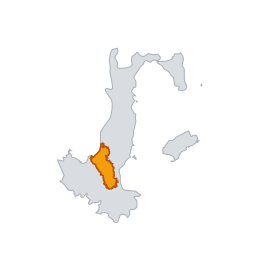 location of Emilia-Romagna, Bologna, Italy, rotated 235°
{"feature_id": "23120603B93883326437068", "entity_name": "Emilia-Romagna", "entity_type": "district", "adm_level": 2, "iso_a3": "ITA", "parent_name": "Italy", "parent_adm1": "Bologna", "projection": "mercator", "projection_center": [11.577, 44.436], "detail": "fine", "context": "in_parent", "style": "filled", "palette": "amber", "viewbox_px": 256, "rotation_deg": 235, "n_neighbors": 0, "source": "geoboundaries", "source_scale": "gbopen_adm2", "svg_char_len": 8420}
<svg xmlns="http://www.w3.org/2000/svg" viewBox="0 0 256 256"><g transform="rotate(235 128 128)"><path d="M59.8,62.4L61.1,63.2L66.2,61.4L69.2,62.4L71.8,60.8L73.4,58.2L73.0,56.2L77.0,53.1L77.5,56.7L79.7,59.1L81.9,59.7L81.4,61.1L83.6,64.1L84.5,63.8L84.7,63.3L84.2,60.8L87.3,55.9L87.4,52.6L87.9,52.2L89.4,52.5L90.7,55.6L95.7,54.6L97.5,57.0L98.3,56.5L97.0,52.4L97.6,50.3L98.9,50.0L99.8,51.0L101.8,51.2L101.9,50.0L101.4,49.2L102.1,45.6L105.0,45.9L106.7,47.2L108.7,47.2L110.5,44.3L111.8,43.6L118.4,43.4L123.2,41.7L123.6,42.0L122.7,43.4L123.0,44.3L125.9,48.5L142.1,51.8L141.8,52.8L138.4,55.4L138.1,56.4L138.7,57.3L141.3,57.9L139.5,60.3L139.5,61.3L140.9,61.4L140.7,64.4L142.4,65.3L144.2,67.9L142.3,68.3L143.1,67.6L141.2,65.1L139.2,66.2L136.0,65.1L133.8,67.5L126.5,70.4L127.7,69.1L127.2,69.1L124.5,70.8L123.9,74.4L126.0,77.9L127.6,79.2L126.9,81.3L125.9,82.1L124.6,81.6L124.2,83.5L124.9,88.5L126.0,92.1L129.7,96.0L132.3,97.3L140.4,103.2L143.4,109.9L145.9,118.1L148.0,121.2L152.5,125.6L156.5,128.7L160.2,130.7L170.0,130.6L172.5,131.3L172.8,132.7L172.3,133.6L169.4,135.9L169.2,137.7L170.6,138.9L177.2,142.3L184.0,145.1L188.6,148.7L194.5,151.7L199.1,156.3L200.8,158.7L201.1,160.6L199.9,163.8L199.3,165.2L196.0,163.3L193.4,157.8L187.6,156.8L185.9,155.8L185.0,154.2L183.1,154.0L181.9,154.9L178.7,160.1L177.0,164.5L176.9,166.3L177.8,168.1L180.6,169.0L184.2,172.2L184.3,176.1L184.9,178.3L184.0,179.5L182.2,179.2L179.7,180.0L178.0,181.4L177.3,182.8L177.2,187.6L173.9,190.1L171.1,194.9L167.0,195.0L166.1,193.5L166.0,191.3L166.7,189.9L168.2,189.3L169.3,186.4L168.9,184.4L169.5,183.4L172.9,182.1L173.0,179.2L171.8,177.9L170.7,172.6L166.6,162.4L165.3,161.4L161.7,161.2L157.5,158.4L157.2,157.3L157.9,156.2L157.5,154.7L156.1,152.1L155.2,151.5L150.0,152.6L151.5,150.5L149.6,149.1L146.3,149.1L146.4,148.2L144.1,143.9L142.5,142.2L136.5,141.3L134.6,142.1L131.6,139.4L128.9,138.4L122.1,130.6L118.8,128.3L116.7,124.8L112.5,122.6L110.6,123.1L110.1,122.7L111.1,122.0L110.9,120.7L108.0,117.3L106.4,116.2L105.2,114.0L102.8,113.4L102.9,109.5L102.0,106.6L100.4,104.2L99.5,98.4L98.8,96.8L97.1,95.6L93.2,94.2L87.7,90.4L81.3,88.6L78.6,90.0L71.9,98.0L65.6,99.9L65.5,98.2L67.9,94.5L67.4,93.1L63.4,93.5L58.3,90.1L57.6,87.1L59.0,84.2L59.9,83.6L59.4,81.6L56.3,80.0L55.0,77.4L54.9,76.6L55.7,76.1L57.6,76.3L60.5,74.4L61.3,72.0L56.9,65.6L57.1,64.3L59.8,62.4ZM127.1,97.6L127.3,96.1L126.0,97.0L126.4,97.7L127.1,97.6ZM165.9,189.8L161.0,197.4L159.3,202.4L159.6,204.4L160.9,205.8L160.3,206.3L161.8,208.7L161.7,209.3L159.5,212.0L159.5,214.3L155.3,214.0L152.0,212.6L150.3,210.0L149.0,208.8L147.5,207.9L144.6,208.0L143.3,207.4L135.6,202.1L132.5,200.7L129.0,200.3L127.6,199.2L126.5,196.8L127.9,193.2L130.2,191.1L132.3,193.5L134.1,192.7L134.2,192.0L135.4,191.0L137.0,191.0L143.2,194.3L146.4,193.4L149.3,193.7L152.0,193.3L155.5,191.4L159.6,191.6L164.3,189.4L165.9,189.8ZM92.0,148.0L94.1,154.2L92.1,158.0L92.9,162.0L91.1,175.6L90.2,176.0L84.9,174.5L84.4,177.6L83.8,178.8L82.7,179.6L79.8,179.4L77.0,175.0L76.8,170.6L77.4,169.3L77.4,166.7L78.5,166.6L78.6,164.9L78.0,163.9L76.9,163.6L76.9,161.7L77.6,160.2L77.6,157.6L76.2,154.2L74.2,151.7L74.6,147.5L76.3,148.6L78.9,148.5L82.0,146.9L87.0,141.9L87.7,142.8L89.8,143.6L91.7,145.8L91.0,147.2L92.0,148.0ZM101.4,115.3L101.8,116.3L101.7,117.7L100.6,116.9L98.1,117.2L97.8,116.5L100.9,115.9L101.4,115.3ZM77.7,177.2L77.0,178.8L76.3,176.7L76.4,176.4L77.7,177.2ZM76.1,144.4L75.0,146.2L74.4,146.1L75.8,144.1L76.1,144.4ZM121.8,213.3L120.4,212.9L120.4,212.2L121.4,212.3L121.8,213.3ZM145.3,150.3L144.2,150.8L144.2,150.0L145.3,150.3Z" fill="#d9dde1" stroke="#a8b0b8" stroke-width="1"/><path d="M86.7,85.3L87.2,85.2L87.3,85.4L87.2,85.6L87.5,85.6L87.7,85.4L87.9,85.4L88.0,85.6L88.4,86.0L88.6,85.8L88.9,86.0L89.0,85.7L89.4,85.7L89.4,86.0L89.6,86.2L89.8,86.3L90.0,86.2L90.2,86.3L90.2,86.5L90.4,86.8L90.3,87.3L90.3,87.6L89.9,87.6L90.0,87.9L89.8,88.0L89.8,88.3L89.6,88.5L90.0,88.6L90.1,88.9L90.3,88.6L91.0,88.5L91.0,88.3L91.3,88.4L91.4,88.6L91.6,88.4L92.0,88.8L92.5,89.6L93.0,89.3L93.3,89.4L93.3,89.2L93.5,89.2L93.5,88.9L94.2,88.1L94.3,87.9L95.3,87.8L96.1,87.9L96.2,88.2L96.4,88.2L96.5,88.4L96.6,88.5L96.4,89.0L96.6,89.2L97.2,89.5L97.7,90.0L98.3,89.8L98.8,90.5L99.0,90.5L99.3,90.8L99.6,91.3L100.1,91.0L100.3,91.0L100.7,91.3L101.1,91.3L101.8,92.0L102.2,91.9L102.5,92.1L102.5,92.4L102.9,92.8L103.0,92.9L102.9,93.0L103.0,93.2L103.6,93.6L103.8,93.9L104.2,93.8L104.1,93.5L104.4,93.2L104.7,93.3L105.0,93.2L105.8,93.3L106.0,93.6L106.3,93.7L106.4,93.9L106.9,94.0L107.3,94.2L107.5,94.3L107.6,94.5L107.6,94.8L108.3,94.4L108.5,93.8L108.9,93.5L109.0,93.6L109.0,93.8L108.9,93.8L108.8,94.0L109.1,94.2L109.4,94.3L109.9,94.4L110.4,94.0L110.8,94.0L111.4,94.2L111.9,94.2L112.1,94.1L112.0,93.9L111.5,93.7L111.2,93.5L111.2,93.3L111.5,93.3L111.8,93.2L112.3,93.3L112.5,93.0L112.8,92.8L112.9,92.5L113.0,92.4L113.5,92.5L113.7,92.1L114.0,91.8L114.4,92.1L114.4,92.3L114.5,92.7L114.8,92.7L114.8,92.8L115.0,93.1L115.5,93.3L115.6,93.1L115.8,93.0L116.4,93.2L116.4,93.5L116.2,93.8L116.0,94.0L116.4,93.9L116.7,94.0L116.8,94.2L117.1,94.0L117.2,93.8L117.5,93.9L118.0,93.7L118.1,93.8L117.9,94.4L117.4,95.0L117.4,95.3L117.2,95.5L116.9,95.6L117.0,95.8L116.8,95.8L116.8,96.1L116.9,96.3L117.3,96.6L117.2,97.0L117.7,97.2L117.6,98.0L117.8,98.3L118.5,98.5L118.9,99.1L119.2,99.2L119.5,99.0L120.0,99.1L120.1,99.4L120.5,99.5L121.0,100.0L121.2,99.9L121.7,100.1L121.8,100.1L122.0,100.3L122.5,100.1L122.9,100.1L123.2,100.0L123.3,100.2L123.5,100.5L123.7,100.1L124.0,100.0L124.3,100.1L124.2,100.1L124.3,100.0L124.6,99.9L124.7,99.5L124.6,99.4L125.0,99.2L125.4,99.3L125.7,99.1L125.9,99.1L126.0,98.9L126.0,98.6L126.1,98.1L126.6,98.1L126.9,97.8L126.6,97.5L126.3,97.6L126.2,97.6L126.2,97.3L126.3,97.1L126.1,96.9L126.1,96.7L126.5,96.7L127.4,96.1L127.5,96.2L127.4,96.4L127.5,96.9L127.2,97.3L127.2,97.9L127.3,98.1L127.5,97.9L127.8,98.2L128.1,98.1L128.1,97.9L128.4,97.9L128.4,98.2L128.6,98.2L128.6,98.6L128.8,98.6L128.7,98.7L128.7,98.9L128.8,99.0L129.3,98.8L129.6,98.8L129.5,98.7L129.5,98.4L130.1,98.3L130.2,98.1L130.2,97.7L130.1,97.2L130.5,96.6L130.4,96.4L130.0,96.4L129.6,96.1L128.8,95.3L128.2,94.5L127.6,94.2L126.4,92.8L126.1,92.3L125.6,91.4L125.2,89.8L125.0,89.0L124.7,87.9L124.7,87.5L125.0,87.4L124.7,87.5L124.7,87.4L125.0,87.3L124.7,87.3L124.6,87.2L124.6,85.7L124.4,85.1L124.5,85.0L124.2,84.5L124.1,83.7L124.2,82.8L124.7,81.8L124.4,82.0L124.5,81.8L124.4,81.9L124.6,81.4L125.0,81.4L125.7,82.2L125.9,82.3L125.5,82.3L125.2,82.2L125.5,82.3L125.4,82.3L125.0,82.2L125.1,82.3L125.8,82.4L126.0,82.2L125.5,81.8L125.3,81.2L124.8,81.1L124.7,80.9L124.6,80.2L124.8,79.9L124.5,79.6L124.4,79.7L124.3,79.8L124.1,79.8L123.9,80.0L123.5,79.9L123.2,79.6L123.1,79.8L122.9,79.9L122.7,79.8L122.6,79.4L122.4,79.3L122.3,79.1L122.2,79.2L121.9,79.2L121.7,79.0L120.7,78.9L120.2,79.1L118.8,79.0L118.5,79.3L118.0,79.4L117.9,79.5L118.0,79.8L117.9,79.9L117.1,80.1L116.4,80.6L116.1,80.5L116.0,80.1L115.4,79.7L114.1,79.9L114.0,79.7L113.8,79.5L113.7,79.4L113.2,79.5L112.8,79.3L112.3,79.4L112.2,79.7L111.9,79.5L111.3,79.7L110.8,79.7L110.7,79.8L110.3,79.4L109.7,79.3L109.5,79.5L108.8,79.4L108.4,79.8L108.2,79.8L108.1,80.0L107.8,79.9L107.5,80.2L107.3,80.1L107.1,80.0L107.2,79.9L106.9,79.9L106.8,79.7L106.4,79.8L106.4,79.6L105.7,79.5L105.7,79.3L105.6,79.0L105.5,78.8L105.3,78.9L105.2,79.1L105.1,79.3L105.0,79.2L105.0,78.9L104.6,79.2L104.2,80.0L103.5,80.2L102.9,80.2L101.9,79.6L101.5,78.9L101.3,78.9L100.9,79.2L100.3,78.9L100.2,78.6L99.9,78.7L99.6,78.3L99.1,78.0L98.8,78.1L98.5,77.9L97.8,78.2L97.6,78.2L97.5,77.8L97.1,77.9L97.1,77.6L96.8,77.3L96.8,77.0L96.3,76.3L96.1,76.3L95.7,76.8L95.4,76.8L95.6,76.4L95.4,76.2L95.0,76.4L95.0,76.6L95.3,77.0L95.2,77.2L95.0,77.3L94.8,77.0L94.5,77.0L94.4,77.2L94.4,77.6L94.2,77.7L94.2,77.3L93.8,77.1L93.5,76.7L93.3,76.7L93.5,77.1L93.4,77.3L93.0,77.6L92.5,77.3L92.0,77.2L91.9,77.1L92.1,76.6L91.9,76.3L91.7,76.7L91.4,76.9L91.2,76.8L91.0,76.4L90.9,76.3L90.8,76.5L91.0,77.0L90.7,77.3L90.3,76.8L89.6,77.0L89.2,77.2L89.3,77.3L89.1,77.3L88.8,77.7L88.8,77.9L88.7,78.2L88.8,78.3L88.7,78.6L88.4,78.7L88.3,79.1L88.2,79.4L88.1,79.6L87.9,79.8L87.7,79.8L87.8,80.0L87.6,80.4L87.8,80.5L87.7,80.7L87.8,80.7L88.1,80.7L88.2,80.9L88.4,80.9L88.5,81.4L88.6,81.7L88.5,81.9L88.1,82.1L88.1,82.4L87.7,82.7L87.7,82.8L88.3,83.2L88.0,83.7L88.2,84.0L87.9,84.0L87.5,84.1L87.4,84.2L87.3,83.9L87.1,83.6L87.0,83.8L87.2,84.1L86.6,84.1L86.7,84.5L86.7,85.3ZM123.3,99.2L123.8,99.3L124.0,99.2L124.1,99.6L123.8,99.6L123.6,99.8L123.4,99.8L123.2,99.4L123.3,99.2ZM87.8,83.7L87.8,83.8L87.8,83.7Z" fill="#f59e0b" stroke="#b45309" stroke-width="1.5"/></g></svg>